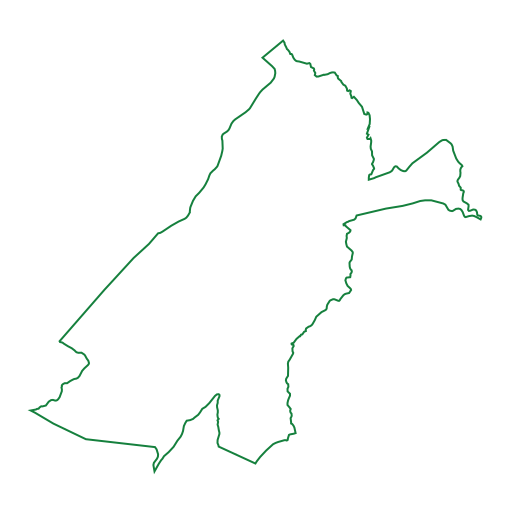 Lázaro Cárdenas, Tlaxcala, Mexico
{"feature_id": "50627088B94934519915903", "entity_name": "Lázaro Cárdenas", "entity_type": "district", "adm_level": 2, "iso_a3": "MEX", "parent_name": "Mexico", "parent_adm1": "Tlaxcala", "projection": "mercator", "projection_center": [-97.981, 19.536], "detail": "fine", "context": "isolated", "style": "outline", "palette": "green", "viewbox_px": 512, "rotation_deg": 0, "n_neighbors": 0, "source": "geoboundaries", "source_scale": "gbopen_adm2", "svg_char_len": 6010}
<svg xmlns="http://www.w3.org/2000/svg" viewBox="0 0 512 512"><path d="M480.6,219.4L481.3,217.7L481.2,216.7L480.7,216.1L480.3,215.9L478.3,215.5L477.5,215.1L477.2,214.3L477.0,212.3L476.1,210.4L475.0,209.7L473.2,209.5L470.3,210.7L468.9,210.9L468.2,210.1L468.1,209.4L468.6,206.2L468.5,204.7L466.8,203.3L463.5,201.5L462.7,200.4L462.5,199.0L462.6,197.5L463.3,193.1L463.7,192.3L463.8,191.5L463.7,191.1L462.8,190.4L461.1,190.1L460.7,189.7L460.7,187.6L459.1,185.8L458.6,183.9L457.6,181.9L457.4,181.1L457.9,179.7L459.4,177.7L460.2,176.1L460.5,172.8L460.3,171.4L460.3,169.7L460.8,168.2L461.5,167.1L462.4,166.2L461.8,165.1L459.6,163.2L458.2,161.7L456.2,158.5L453.2,150.7L452.6,146.6L451.6,144.4L450.6,143.3L446.1,139.9L443.1,140.0L441.9,140.4L439.2,142.1L426.9,152.7L412.4,163.3L409.4,166.7L406.2,170.7L405.2,171.2L403.9,171.2L402.7,170.9L400.7,170.0L398.6,168.4L396.8,166.5L395.5,166.3L394.7,166.7L394.0,167.4L392.3,170.3L391.6,171.1L389.7,172.3L375.7,177.3L374.2,178.1L368.8,179.7L368.8,177.6L369.2,175.1L369.9,174.5L371.3,174.3L373.1,170.0L374.1,168.8L374.1,168.3L373.0,165.7L372.0,164.2L372.1,163.6L372.9,162.5L373.4,161.1L373.8,159.8L373.9,158.9L372.1,155.3L372.0,151.4L370.8,148.8L370.6,146.5L371.2,142.0L371.2,140.5L370.5,138.2L369.9,139.0L367.5,139.0L366.9,137.7L368.5,134.7L366.9,133.7L369.0,127.7L368.0,128.1L369.7,124.0L370.0,119.1L369.6,115.3L368.6,113.2L367.7,112.8L367.8,112.6L367.5,112.5L367.4,113.9L366.8,114.5L366.2,114.6L364.3,114.0L362.0,106.8L358.7,102.9L356.9,100.1L353.9,96.8L352.1,98.1L351.5,97.8L351.2,95.9L350.3,93.7L350.8,91.1L349.6,90.3L348.2,91.1L347.1,90.6L346.9,88.6L345.3,85.7L343.4,84.7L341.4,82.0L341.2,81.1L338.2,78.6L337.8,77.7L337.8,76.0L336.6,75.4L334.8,72.6L333.6,72.4L332.1,72.4L330.0,73.0L327.7,74.2L324.2,74.9L323.9,74.7L318.4,76.5L316.6,76.6L314.8,75.1L315.3,73.0L313.9,70.6L314.2,69.6L313.9,68.5L311.0,67.0L310.3,63.9L309.4,63.1L306.9,63.7L299.2,61.5L296.9,61.2L296.1,60.9L294.7,59.7L293.3,57.6L292.3,55.0L291.6,54.0L290.3,54.0L289.4,51.7L287.8,49.7L286.9,49.0L286.4,47.6L284.8,44.5L284.5,42.7L283.1,40.6L262.5,57.7L272.0,66.1L274.6,68.9L275.1,70.8L275.3,73.2L274.6,76.8L273.9,78.5L270.7,82.7L262.6,89.5L260.3,92.0L259.1,93.6L255.9,98.5L249.9,108.3L249.0,109.3L245.5,112.3L235.3,119.3L233.4,121.0L231.5,123.6L229.4,128.6L228.4,130.2L226.9,131.6L223.6,133.7L222.7,134.5L221.8,136.6L221.9,138.9L222.4,140.7L222.7,148.6L222.3,151.1L221.2,155.8L217.5,166.0L216.8,167.0L214.6,169.4L213.2,170.5L210.4,173.3L209.4,175.4L208.1,179.2L205.5,184.4L203.6,187.5L199.3,192.7L195.7,196.3L193.0,200.8L190.5,206.9L190.2,208.0L189.8,211.5L189.9,212.3L188.0,215.6L186.3,217.7L184.7,218.8L178.7,221.5L171.3,225.7L162.5,231.6L160.2,232.9L158.1,233.3L148.9,244.0L133.6,258.0L110.6,283.1L104.6,289.6L59.6,341.2L60.0,342.0L62.5,342.6L63.9,343.7L67.9,346.2L71.7,348.2L74.7,350.5L75.7,351.6L76.6,352.3L78.4,352.8L81.5,352.7L84.2,354.5L85.0,355.4L86.8,358.7L88.3,360.7L89.0,363.1L88.7,364.1L88.0,365.0L84.4,368.3L82.2,370.8L79.5,376.0L77.9,377.8L76.4,378.6L74.2,379.0L72.7,379.7L70.1,381.1L67.1,383.2L64.7,383.2L63.3,383.9L62.2,384.8L61.8,385.7L61.9,386.7L61.5,387.4L61.9,389.4L61.8,391.3L59.6,397.2L58.1,399.3L57.2,400.1L56.3,400.5L55.2,400.6L52.9,399.9L51.1,400.1L48.7,401.7L45.9,405.5L42.5,406.4L41.2,406.3L39.5,407.5L38.6,408.7L37.0,408.9L36.0,409.5L30.7,410.5L35.0,412.7L53.4,423.6L85.9,439.2L155.0,447.1L156.6,449.4L158.1,454.3L157.9,456.7L157.0,458.7L153.9,462.8L153.4,465.0L154.5,471.4L158.9,463.6L161.2,460.1L162.4,458.8L164.0,456.2L168.7,452.1L173.6,446.8L177.4,440.7L180.6,436.7L182.0,434.0L183.0,431.1L183.9,426.0L185.3,423.0L186.7,420.7L190.2,420.1L193.1,418.9L194.5,417.6L198.2,414.8L200.1,412.3L202.3,408.8L205.5,406.9L209.3,403.1L215.0,395.9L216.9,394.4L218.7,394.2L219.5,395.0L219.5,396.2L217.7,400.6L217.7,402.9L217.0,405.3L217.1,407.3L217.8,410.4L217.8,412.4L217.4,414.6L217.6,416.6L218.0,418.1L218.7,418.8L218.6,419.1L217.5,420.3L218.1,421.9L217.6,424.6L218.3,427.0L218.8,430.1L219.4,432.6L219.4,434.0L217.6,440.0L217.5,443.0L218.4,445.2L218.7,446.6L255.4,463.5L256.7,461.4L260.2,456.9L266.2,450.5L273.1,444.2L275.7,442.9L278.1,442.0L284.4,440.2L285.9,440.2L286.8,440.5L287.7,439.9L287.9,438.4L289.0,434.9L290.1,434.4L293.8,433.7L295.6,433.1L294.4,427.6L293.5,425.7L292.2,424.0L291.1,423.5L291.1,422.1L290.6,418.2L291.5,416.5L291.7,415.7L291.5,413.6L290.7,412.7L290.3,411.8L290.2,410.4L290.7,409.0L289.2,407.0L287.5,405.0L287.5,403.0L288.1,400.3L288.9,398.2L290.0,395.7L290.0,393.8L287.6,391.4L287.5,388.8L288.4,386.8L288.2,384.2L287.0,383.3L286.4,382.1L285.9,380.3L286.2,378.7L288.0,375.9L288.2,367.7L287.9,363.6L288.3,361.6L289.6,359.8L293.1,353.6L293.2,352.5L292.6,351.6L292.5,350.6L292.4,348.3L293.7,346.0L293.4,344.9L292.0,344.6L291.5,343.9L291.6,343.5L293.6,342.8L296.5,338.9L299.7,336.1L300.2,336.2L301.0,334.7L302.3,334.4L304.1,331.8L305.9,331.0L305.7,330.0L306.1,328.5L308.6,326.7L309.9,326.3L310.8,325.8L311.9,324.9L312.7,323.8L314.8,320.1L316.3,316.7L321.5,312.1L324.9,310.4L326.2,309.5L326.7,308.3L326.8,306.6L327.3,304.7L329.7,300.9L330.3,300.4L333.1,299.2L334.5,299.3L338.3,300.8L339.2,300.8L339.9,300.0L340.4,299.0L343.4,295.2L344.7,294.2L346.0,293.7L349.1,293.0L351.1,290.0L350.8,289.0L350.0,288.1L347.6,285.9L346.3,283.3L345.4,280.3L346.0,278.3L346.6,277.6L350.2,277.2L350.5,275.5L350.4,274.1L351.5,272.6L351.8,271.5L351.6,270.3L350.7,269.5L350.0,268.0L349.7,266.6L349.5,262.9L349.8,262.0L351.7,259.5L352.0,256.4L352.8,253.0L352.7,252.1L351.5,250.5L347.0,246.6L346.4,244.5L345.9,241.8L346.8,238.0L346.6,235.9L347.0,233.8L348.9,232.8L350.2,231.5L350.5,230.2L345.7,226.1L345.5,225.4L345.2,225.2L343.7,225.3L343.5,224.2L346.9,222.1L348.2,221.7L349.1,221.1L354.1,219.7L355.5,218.5L356.6,215.5L385.9,208.6L402.6,205.9L412.7,203.4L420.2,201.0L425.3,200.3L431.2,200.3L443.3,203.5L445.4,204.7L448.4,209.8L449.7,210.6L450.9,210.9L452.1,211.1L453.0,210.8L456.0,208.9L458.5,208.6L460.2,209.0L461.4,210.0L462.7,212.1L464.0,215.6L464.7,216.7L465.3,217.1L466.0,217.0L469.0,216.1L472.2,215.6L474.1,216.0L476.7,217.2L480.6,219.4Z" fill="none" stroke="#15803d" stroke-width="2"/></svg>